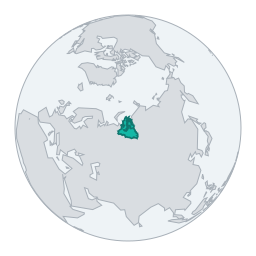 Yamal-Nenets on an orthographic globe
{"feature_id": "RUS-2382", "entity_name": "Yamal-Nenets", "entity_type": "Autonomous Province", "adm_level": 1, "iso_a3": "RUS", "parent_name": "Russia", "parent_adm1": "", "projection": "orthographic", "projection_center": [74.427, 67.879], "detail": "fine", "context": "on_globe", "style": "filled", "palette": "teal", "viewbox_px": 256, "rotation_deg": 0, "n_neighbors": 0, "source": "natural_earth", "source_scale": "10m", "svg_char_len": 16408}
<svg xmlns="http://www.w3.org/2000/svg" viewBox="0 0 256 256"><circle cx="128" cy="128" r="113" fill="#eef3f6" stroke="#a8b0b8"/><path d="M128.6,15.4L128.8,15.4L143.3,18.1L135.0,15.6L139.8,16.1L144.4,17.2L142.8,17.1L147.2,19.2L152.1,21.0L155.7,25.2L152.6,30.6L150.4,29.0L149.9,30.6L152.6,32.8L154.5,33.9L156.4,43.6L164.3,52.9L169.6,54.5L166.3,55.4L178.2,57.6L184.3,62.4L175.7,57.9L173.5,58.1L176.8,61.7L175.2,62.8L175.9,65.2L173.8,66.2L168.9,63.6L167.4,64.3L169.8,66.8L169.2,69.5L165.9,65.7L164.4,70.0L156.0,66.8L148.8,56.2L142.4,55.8L130.5,48.8L129.9,50.5L124.9,49.2L122.3,50.8L120.9,49.1L120.1,51.8L121.9,53.0L122.2,54.6L120.9,55.7L118.7,53.8L119.1,53.0L117.8,53.0L117.3,51.6L116.8,52.9L114.3,50.5L114.7,54.5L111.1,53.9L110.1,51.9L112.8,50.0L117.2,41.2L117.0,38.8L113.9,37.2L102.5,38.4L101.2,36.8L97.4,36.0L96.9,37.8L99.7,39.0L97.9,42.3L101.5,43.6L101.2,45.2L103.9,47.4L100.6,49.3L96.0,50.0L93.6,48.3L91.5,48.6L91.4,52.2L84.8,50.9L76.5,53.7L75.1,53.3L76.6,48.6L82.5,43.6L84.4,38.2L80.2,44.1L76.8,43.0L75.0,43.8L73.5,45.3L73.6,46.7L71.9,46.9L75.3,41.0L77.0,40.8L75.9,42.6L78.6,40.3L80.9,36.5L79.0,36.4L84.5,31.3L83.2,31.2L83.6,30.1L85.4,30.6L82.4,29.7L88.5,24.7L84.6,24.5L91.7,22.9L96.1,21.5L101.2,20.0L100.6,19.8L108.1,18.2L113.7,16.8L114.1,16.2L113.5,16.3L128.6,15.4ZM97.6,19.5L94.7,20.4L94.9,20.3L97.6,19.5ZM209.8,50.9L209.3,50.8L208.4,49.6L209.8,50.9ZM209.8,51.5L209.8,51.4L209.9,51.7L209.8,51.5ZM210.4,52.3L209.9,51.8L210.5,52.5L210.4,52.3ZM211.3,53.5L210.8,52.8L211.3,53.5ZM84.3,24.3L73.0,29.7L78.6,26.8L77.6,27.3L80.7,25.8L86.1,23.5L91.2,21.6L84.3,24.3ZM212.4,55.1L212.7,55.5L212.1,54.9L212.4,55.1ZM81.1,26.4L83.0,25.6L81.2,26.4L81.1,26.4ZM155.6,34.3L152.8,32.8L151.0,30.5L153.5,31.6L155.6,34.3ZM158.9,39.2L157.1,38.7L157.9,36.8L158.6,37.7L158.9,39.2ZM173.8,55.5L171.8,53.7L174.3,55.1L173.8,55.5ZM176.4,65.4L177.4,65.6L177.4,66.8L176.4,65.4ZM105.5,46.2L104.7,46.8L104.6,46.1L105.5,46.2ZM107.4,46.7L107.9,45.5L108.8,45.5L108.5,46.3L107.4,46.7ZM174.0,69.4L173.5,71.3L173.1,68.9L174.0,69.4ZM106.6,48.3L110.5,45.8L112.2,45.9L112.4,49.0L106.6,48.3ZM172.7,72.1L171.6,76.9L173.9,77.7L166.9,78.4L170.1,74.0L169.3,70.9L171.1,72.4L172.7,72.1ZM123.1,53.0L121.1,51.7L124.0,51.8L123.1,53.0ZM124.9,52.6L133.6,50.7L135.9,53.1L132.5,53.2L136.5,55.7L133.4,57.8L130.5,57.0L129.6,54.9L129.1,57.3L124.9,52.6ZM163.3,78.0L162.3,78.8L162.4,77.5L163.3,78.0ZM122.5,55.3L124.1,54.6L126.2,56.7L123.5,58.4L123.7,57.2L122.5,55.3ZM139.1,55.4L140.2,57.2L138.0,59.5L138.1,60.5L133.5,58.1L139.1,55.4ZM122.5,57.3L122.1,59.2L119.9,59.2L121.2,56.1L122.5,57.3ZM127.9,56.6L128.8,57.6L127.4,57.6L127.9,56.6ZM111.7,60.6L113.5,59.7L114.8,60.7L111.7,60.6ZM122.1,59.9L122.8,59.9L123.5,60.2L122.8,61.5L122.1,59.9ZM132.3,59.9L131.1,60.4L134.0,61.0L132.5,62.7L129.7,60.8L130.3,62.4L129.8,62.9L128.1,60.8L132.3,59.9ZM124.2,63.7L120.1,62.0L116.5,63.5L115.3,62.6L121.3,60.5L124.2,63.7ZM126.6,62.2L124.8,62.9L124.2,61.4L125.1,60.0L126.6,62.2ZM132.4,64.6L135.5,62.4L136.0,62.9L132.4,64.6ZM123.2,64.4L124.2,64.8L123.0,64.7L123.2,64.4ZM129.7,64.9L130.8,64.0L131.3,64.6L129.7,64.9ZM125.4,66.4L124.1,65.8L124.6,64.8L125.4,66.4ZM127.5,65.9L128.0,66.9L125.6,64.8L127.8,65.4L127.5,65.9ZM130.1,65.6L130.7,65.6L129.6,65.9L130.1,65.6ZM124.1,70.6L121.0,68.1L122.1,65.9L125.0,68.6L124.1,70.6ZM31.5,186.0L30.4,184.0L25.4,171.9L26.4,170.4L25.5,166.9L23.5,162.9L22.7,158.7L21.7,155.9L16.7,138.5L16.4,129.9L19.1,113.6L20.9,113.8L23.5,109.8L37.9,117.4L38.4,123.3L46.9,137.4L47.5,140.0L43.8,142.3L48.0,157.9L52.5,157.9L59.0,169.0L65.1,174.1L72.0,168.4L62.1,160.0L63.1,154.7L73.2,158.2L82.2,165.5L82.9,163.7L79.4,156.0L83.8,154.6L78.5,153.0L79.0,155.9L75.7,155.0L75.0,152.4L76.6,152.0L74.5,149.1L67.6,151.9L67.3,155.2L60.4,149.8L59.3,154.8L56.6,154.6L57.6,146.2L59.2,144.6L59.1,132.6L56.7,133.9L56.7,145.3L55.7,143.1L52.4,145.1L54.1,141.8L54.7,129.2L50.1,123.4L40.1,122.1L38.3,118.1L38.5,112.3L46.1,107.3L49.5,116.9L52.2,115.5L55.0,109.3L55.8,112.8L57.3,111.5L58.9,114.9L64.5,115.8L66.7,118.8L72.2,115.5L74.0,116.7L70.2,118.3L68.8,121.1L74.5,128.5L76.5,128.9L79.6,126.2L80.8,128.7L83.1,125.1L88.0,127.9L83.9,121.6L87.5,118.5L92.2,118.3L92.6,116.2L85.0,116.6L82.5,117.8L81.6,120.6L74.4,123.2L71.7,121.4L76.5,114.6L73.3,111.5L78.4,107.8L96.1,108.7L101.8,111.1L104.2,122.2L101.0,123.6L98.5,120.2L97.8,126.5L99.3,124.4L100.3,126.6L104.0,124.3L104.8,125.7L106.8,121.2L108.3,122.7L107.0,125.5L113.6,123.6L117.6,126.0L118.7,124.9L118.7,123.1L123.7,127.4L124.2,126.4L122.8,124.6L123.1,121.5L125.4,117.8L127.0,119.5L126.4,121.0L127.5,127.0L125.5,131.0L126.4,131.3L128.5,128.2L127.2,121.0L128.1,118.3L129.2,121.5L128.9,120.1L129.9,119.3L132.3,120.1L131.4,116.5L140.0,105.8L145.6,106.5L145.6,110.5L153.3,105.3L159.0,106.7L157.7,105.0L160.5,101.5L158.8,101.0L158.4,100.0L164.8,91.2L167.5,90.5L168.8,85.1L168.1,84.2L166.1,84.4L166.9,78.4L173.9,77.7L175.1,79.6L178.6,78.1L180.8,82.7L184.2,85.9L184.5,92.1L187.2,94.2L188.3,93.4L192.8,95.7L198.2,103.8L189.1,101.0L179.9,90.3L183.2,94.9L181.1,95.0L181.4,97.4L183.8,100.7L185.0,100.3L181.6,111.9L184.7,122.9L188.0,118.9L191.5,119.5L197.8,129.2L197.3,149.0L201.9,150.5L203.2,153.0L201.3,157.0L199.4,153.4L196.2,154.3L195.4,151.7L191.7,157.1L190.4,153.7L188.2,159.7L190.7,161.3L194.4,157.7L193.0,164.5L198.6,165.7L200.9,170.3L196.8,183.7L190.2,190.8L190.1,192.4L186.7,192.6L183.3,197.4L190.7,201.4L190.9,203.4L184.9,210.3L184.6,209.1L175.5,209.7L174.6,214.7L181.6,215.2L184.0,217.6L179.0,218.9L176.5,216.7L173.2,216.8L173.5,212.8L169.6,207.7L164.6,210.7L164.4,207.9L158.3,203.6L150.8,207.2L139.1,216.2L138.5,222.6L134.1,225.3L126.3,216.6L124.7,209.7L120.7,210.1L113.7,203.1L98.3,199.5L97.1,197.0L94.0,197.0L89.2,193.1L87.9,188.9L84.5,187.7L88.4,198.7L92.1,199.9L96.7,198.0L97.0,201.3L101.7,205.3L92.7,209.6L71.5,206.0L71.2,200.7L64.4,178.8L65.6,177.4L65.6,177.2L65.7,176.7L63.2,178.6L62.6,174.1L64.3,188.8L63.8,193.5L71.2,206.2L70.0,206.3L72.9,209.4L84.4,212.9L84.1,214.3L77.5,217.9L63.2,216.4L66.2,221.0L67.0,222.5L63.5,220.4L57.2,215.6L51.3,210.5L45.7,204.9L40.5,198.9L35.8,192.6L31.5,186.0ZM30.0,118.5L29.0,119.4L30.0,118.5ZM90.0,176.9L96.6,180.2L96.8,173.6L99.3,174.4L98.5,171.9L96.8,173.2L95.1,166.6L99.1,166.3L99.9,163.5L97.7,162.3L90.7,164.0L93.0,173.3L90.1,174.8L90.0,176.9ZM61.6,37.1L59.3,38.8L61.5,37.1L61.6,37.1ZM69.7,31.6L71.3,30.7L63.4,35.7L65.1,34.5L69.7,31.6ZM81.2,25.9L79.8,26.6L79.9,26.4L81.2,25.9ZM79.8,27.1L80.3,26.8L81.2,26.5L79.8,27.1ZM76.6,43.3L76.3,43.8L74.5,45.2L74.9,44.2L76.6,43.3ZM69.4,53.5L66.7,53.6L68.9,52.8L68.9,51.4L73.5,48.1L74.7,52.9L73.3,51.2L69.4,53.5ZM80.1,45.2L77.0,46.6L80.3,44.9L80.1,45.2ZM64.2,101.5L63.7,103.9L61.4,104.4L58.7,100.9L62.0,100.0L64.2,101.5ZM63.4,107.1L68.9,101.5L70.8,103.6L68.8,103.4L69.5,105.3L66.5,105.4L62.9,113.0L60.6,114.0L56.9,106.8L59.3,108.5L59.8,106.1L63.4,107.1ZM79.6,84.9L82.0,82.8L83.0,89.9L80.6,91.0L77.8,87.5L78.9,84.2L79.6,84.9ZM106.2,54.3L107.0,53.3L107.6,53.8L107.4,55.1L106.2,54.3ZM112.4,60.1L103.0,59.4L103.5,58.1L97.4,59.4L96.4,56.6L100.4,55.9L95.0,54.8L98.2,53.0L94.4,52.6L103.4,51.3L106.0,49.8L103.5,52.5L104.4,55.0L105.5,55.7L110.9,56.4L117.0,54.6L118.9,56.9L118.6,59.1L117.4,59.9L116.5,58.1L115.6,60.5L113.4,58.5L112.4,60.1ZM113.8,84.7L113.3,82.0L111.0,87.0L108.8,84.8L108.7,85.5L106.1,84.9L102.7,85.5L102.1,84.2L101.0,85.0L99.3,84.6L97.6,85.3L96.0,83.2L93.8,83.9L94.3,82.5L90.9,84.3L92.7,82.0L90.6,81.5L90.0,83.9L85.3,71.6L82.0,68.4L78.3,67.0L81.8,63.5L87.6,62.7L93.8,63.8L96.5,67.5L97.5,65.3L99.2,66.5L97.6,67.7L100.9,66.5L101.9,67.8L107.4,69.1L111.6,66.8L113.8,67.3L112.6,68.8L115.5,68.2L114.7,71.6L116.2,72.0L116.9,75.8L113.7,78.7L115.6,79.0L116.2,82.0L113.8,84.7ZM124.2,71.7L120.8,75.5L118.0,76.3L118.0,69.4L116.7,68.5L116.6,64.2L120.7,63.3L120.4,64.6L121.0,65.6L119.4,65.5L121.1,66.4L120.7,68.2L121.9,69.5L120.5,70.3L124.2,71.7ZM49.9,140.5L50.6,142.1L52.2,144.1L50.2,145.4L49.9,140.5ZM50.1,131.9L51.1,133.0L49.0,135.7L48.2,134.1L50.1,131.9ZM53.3,131.3L51.3,132.8L51.9,131.0L53.3,131.3ZM71.3,119.1L72.5,120.1L72.0,120.9L70.5,121.3L71.3,119.1ZM106.4,99.6L106.5,97.8L107.3,97.7L109.8,94.5L111.6,95.9L110.8,98.4L106.4,99.6ZM69.4,168.3L66.6,168.3L66.1,166.9L67.2,167.2L69.4,168.3ZM57.2,156.9L59.2,160.6L56.6,157.2L57.2,156.9ZM108.7,100.6L109.5,99.1L109.9,100.7L108.7,100.6ZM113.0,96.8L113.8,98.5L112.1,95.7L113.0,96.8ZM73.9,226.8L74.0,226.6L79.0,228.9L81.0,229.2L83.9,231.2L82.3,231.0L73.9,226.8ZM205.9,208.4L208.3,206.3L208.1,206.5L205.9,208.4ZM203.5,210.1L206.3,207.7L202.9,210.9L203.5,210.1ZM207.4,206.8L210.2,203.9L211.5,202.5L211.2,203.0L207.4,206.8ZM201.5,211.8L190.2,219.6L185.5,221.9L186.8,220.7L194.3,216.3L201.5,211.8ZM186.4,220.9L179.0,223.0L167.9,221.0L171.9,219.7L183.3,218.8L182.6,219.8L187.1,218.9L186.4,220.9ZM203.5,206.5L202.8,208.7L196.7,213.0L193.8,214.7L191.8,213.7L192.9,211.7L195.3,210.2L203.8,199.0L207.0,197.8L204.5,201.9L207.0,201.7L203.5,206.5ZM139.1,223.1L142.0,226.1L139.6,226.8L139.1,223.1ZM206.7,192.4L203.6,197.6L206.2,191.9L206.7,192.4ZM207.8,187.7L208.3,188.8L206.7,188.7L207.8,187.7ZM190.6,194.5L188.1,196.3L187.7,195.4L190.7,192.4L190.6,194.5ZM202.6,174.1L203.6,177.5L203.5,179.0L201.9,177.9L202.6,174.1ZM125.1,111.5L119.6,114.3L116.9,117.5L117.2,120.9L114.4,117.3L118.7,112.4L125.1,111.5ZM138.0,106.3L137.7,103.4L139.3,103.9L139.6,104.7L138.0,106.3ZM136.7,105.1L133.4,102.9L134.3,100.8L136.7,102.9L136.7,105.1ZM120.9,101.7L119.2,102.4L118.9,101.0L120.9,101.7ZM213.1,201.8L213.2,201.7L213.3,201.6L213.1,201.8ZM220.2,192.7L221.7,190.5L223.6,187.6L220.2,192.7ZM211.7,202.9L215.2,198.4L216.9,196.5L211.7,202.9ZM233.2,168.3L233.1,168.5L232.8,169.3L230.3,175.2L227.4,180.8L228.6,178.4L228.4,178.3L223.9,185.3L223.0,186.0L224.8,182.9L221.5,186.9L225.1,181.4L226.4,180.9L228.3,176.6L231.2,171.4L233.7,166.2L235.2,162.4L234.7,164.1L234.8,163.9L233.2,168.3ZM224.7,184.9L225.3,184.0L224.6,185.2L224.7,184.9ZM236.1,159.5L235.7,161.1L237.5,154.3L237.8,153.0L237.3,155.4L236.1,159.5ZM237.9,152.5L237.3,154.8L237.9,152.4L238.1,151.7L238.1,151.9L237.9,152.5ZM217.3,193.6L217.1,194.3L216.1,195.1L217.3,193.6ZM218.7,191.8L221.6,188.5L218.4,192.5L218.7,191.8ZM208.7,200.6L209.7,200.8L212.9,197.0L210.4,200.4L212.4,200.0L211.6,201.4L209.7,201.6L208.7,204.2L207.2,205.5L206.6,204.6L208.2,201.2L209.6,198.9L215.3,192.9L208.7,200.6ZM218.7,190.5L217.9,190.1L218.5,188.4L219.4,188.1L218.7,190.5ZM215.1,189.3L212.5,189.8L210.4,192.6L214.3,185.5L216.2,186.3L215.1,189.3ZM212.3,187.0L210.4,189.7L212.2,186.0L212.3,187.0ZM209.8,189.5L209.2,188.3L210.9,187.0L209.8,189.5ZM213.4,186.0L213.2,183.2L214.3,183.8L213.4,186.0ZM207.6,185.5L211.8,184.7L206.9,188.0L205.2,182.9L207.2,181.0L207.6,185.5ZM208.9,150.8L207.6,149.4L208.9,147.1L209.4,148.7L208.9,150.8ZM212.0,138.5L208.8,146.0L206.0,152.1L207.6,151.7L208.3,155.8L205.1,154.8L206.0,148.2L208.4,144.2L207.3,140.9L208.2,136.4L205.8,133.3L205.8,130.6L208.6,132.2L212.0,138.5ZM204.7,132.2L200.9,125.6L204.1,122.7L205.6,123.5L206.0,127.7L204.3,129.0L204.7,132.2ZM200.9,123.2L199.2,124.4L190.1,118.1L188.9,116.1L197.6,119.2L196.4,120.5L198.1,122.6L200.9,123.2ZM163.4,79.5L162.4,78.9L163.6,78.7L163.4,79.5ZM157.3,99.8L157.0,98.3L158.4,98.1L157.3,99.8ZM156.8,94.2L155.4,95.4L156.2,93.4L156.8,94.2ZM152.4,98.3L154.5,95.5L153.4,99.2L152.4,98.3Z" fill="#d9dde1" stroke="#a8b0b8" stroke-width="1"/><path d="M121.5,124.8L122.8,125.8L122.9,126.1L123.5,126.7L123.5,126.9L123.5,127.1L123.8,126.9L124.2,125.9L124.3,125.7L123.9,125.8L123.8,125.6L123.6,124.9L123.7,124.5L123.0,124.1L122.8,124.2L122.9,124.4L122.8,124.0L122.9,123.5L123.1,123.6L123.3,123.3L123.1,123.1L123.3,122.7L123.4,122.1L123.3,121.9L123.0,122.0L123.0,121.8L123.2,121.4L123.1,121.6L123.0,121.4L123.3,121.0L123.7,120.8L124.3,120.4L124.2,120.3L124.5,119.7L124.7,118.8L124.7,118.7L124.9,118.5L124.8,118.4L125.1,117.9L125.3,117.9L125.2,118.1L126.3,118.1L126.6,118.2L126.5,118.3L126.7,118.2L127.1,118.5L127.1,118.9L127.0,119.1L127.1,119.3L126.8,120.0L126.7,120.1L126.7,120.5L126.4,120.9L126.5,121.3L126.9,121.6L126.9,121.8L127.0,122.1L126.9,122.6L126.9,123.0L126.7,123.2L126.8,123.5L126.7,123.7L126.8,124.1L126.7,124.5L126.8,124.9L126.7,125.0L126.8,125.2L126.6,125.4L126.7,125.9L127.4,126.6L127.4,126.9L127.0,127.3L127.0,127.6L127.1,127.8L127.1,128.0L127.0,128.4L126.6,128.5L126.5,128.8L126.5,129.1L126.2,129.1L126.3,129.4L126.2,129.3L126.1,129.6L125.9,129.8L125.6,129.8L125.8,129.9L125.8,130.3L125.5,130.3L125.1,130.6L124.8,130.3L125.1,130.2L124.8,130.2L124.5,129.9L124.3,130.0L124.1,129.9L123.8,129.9L123.9,130.0L123.9,130.3L124.8,130.9L125.6,130.9L126.1,131.2L126.3,131.1L126.4,130.7L127.5,129.8L127.6,129.6L127.6,129.1L128.2,128.3L128.3,127.9L128.2,127.5L127.9,127.0L128.0,126.8L128.0,126.5L128.0,126.3L129.2,125.8L129.5,125.8L129.6,126.0L130.1,126.7L130.0,126.8L130.1,127.0L130.1,127.3L130.0,127.7L130.1,127.9L130.0,128.0L130.4,128.4L130.5,128.6L131.5,128.5L131.3,128.4L131.1,128.4L131.0,128.2L131.0,128.4L130.6,128.3L130.6,128.2L130.3,128.2L130.3,127.9L130.2,127.7L130.3,127.5L130.7,127.1L130.6,126.9L130.5,126.7L130.4,126.7L130.3,125.9L129.1,125.3L128.8,125.3L128.5,125.6L128.2,125.6L127.9,125.5L127.7,125.6L127.6,125.0L127.4,124.3L127.6,123.7L127.9,122.8L127.9,122.5L127.7,122.1L127.7,121.9L127.4,121.4L127.1,121.0L127.4,120.6L127.4,120.2L128.3,119.6L128.4,119.2L128.4,118.7L128.2,118.3L128.4,118.2L128.6,118.4L128.5,118.6L128.7,118.9L128.8,119.3L128.7,119.6L128.6,119.9L128.5,120.0L128.5,120.3L128.7,120.6L128.7,120.8L128.5,121.0L129.1,121.5L129.6,121.5L130.1,121.5L130.3,121.8L130.6,122.0L131.0,121.9L131.0,121.7L130.6,122.0L130.6,121.6L130.4,121.6L130.4,121.3L130.2,121.3L130.2,121.1L130.1,121.3L129.9,121.2L129.1,120.7L129.0,120.1L129.5,119.8L129.9,120.2L130.2,120.1L130.3,119.9L130.1,119.6L129.8,119.6L129.8,119.4L129.9,119.5L130.2,119.1L130.4,119.1L130.5,119.3L130.7,119.6L131.2,119.7L131.6,119.9L131.4,120.1L131.5,120.2L131.5,120.4L131.1,120.5L131.1,120.8L131.0,121.1L131.5,121.4L131.9,121.6L131.9,121.9L132.0,122.1L132.1,122.3L132.0,122.6L132.2,122.8L131.8,122.8L131.5,123.1L131.4,123.5L131.3,123.4L131.3,123.6L131.0,124.0L131.1,124.3L131.5,124.4L131.8,124.9L132.4,125.0L132.6,125.1L133.0,125.0L133.0,124.6L133.2,124.8L133.1,125.0L133.6,125.1L133.5,125.3L133.7,125.5L133.7,125.8L134.1,126.0L133.8,126.3L134.0,126.8L133.9,127.0L133.8,127.5L133.4,127.6L133.7,127.9L133.7,128.1L134.0,128.3L133.9,128.5L134.0,128.7L133.8,128.9L134.7,129.6L134.9,129.9L134.7,130.0L134.8,130.3L135.2,130.8L135.0,131.1L135.3,131.3L135.3,131.5L135.7,131.5L136.0,131.7L135.9,131.9L136.2,132.0L136.3,132.4L136.1,132.8L136.2,133.0L136.7,133.1L136.7,133.3L136.9,133.4L137.2,133.2L137.5,133.2L137.5,133.5L137.6,133.8L137.8,134.2L137.8,134.6L137.5,134.9L137.4,135.5L137.2,135.6L137.5,135.7L137.6,136.0L137.8,136.0L137.7,136.4L137.9,136.5L137.9,136.8L137.6,137.1L137.1,138.4L136.9,138.1L136.7,138.1L136.4,137.8L136.0,138.1L135.5,137.7L134.9,137.5L134.6,137.8L134.2,137.6L133.9,137.0L133.5,137.1L133.5,137.3L132.9,137.8L132.9,138.1L131.9,138.2L131.3,138.5L130.5,137.9L130.3,137.6L130.0,137.5L129.7,137.7L129.3,137.3L128.1,137.5L127.8,137.2L127.1,137.2L126.8,136.7L126.4,137.0L126.0,137.0L125.8,137.1L125.5,137.2L125.5,136.4L125.4,136.2L124.9,136.1L124.7,135.7L124.9,135.3L124.9,135.1L124.5,134.8L124.2,134.9L123.6,134.5L123.3,134.6L123.4,134.8L123.3,135.0L122.9,134.8L122.3,135.3L121.5,134.8L121.5,134.6L121.7,134.3L121.5,134.1L120.4,133.9L120.2,134.2L119.7,134.1L118.8,134.3L118.7,134.1L118.8,134.1L118.8,133.9L118.6,133.7L118.3,133.8L118.0,133.6L118.3,133.3L118.4,133.1L118.3,132.9L118.4,132.7L118.5,132.2L118.3,132.0L118.2,131.5L118.0,131.2L118.8,131.1L118.8,130.7L119.1,130.4L119.4,130.0L120.8,129.4L120.9,129.1L121.0,129.1L121.0,128.9L121.8,128.3L121.7,128.2L121.9,128.0L121.8,127.7L121.4,127.4L121.3,127.2L121.4,126.8L121.7,126.2L121.6,125.7L121.0,125.4L121.1,125.2L121.5,124.8ZM126.4,117.5L126.5,117.8L126.3,117.6L125.4,117.8L125.5,117.4L125.5,117.1L125.8,116.9L126.2,117.0L126.1,117.3L126.3,117.2L126.4,117.5ZM129.9,118.6L130.3,118.9L130.0,119.3L129.4,119.2L129.9,118.6ZM124.6,130.5L124.4,130.6L124.2,130.4L124.1,130.0L123.9,130.0L124.6,130.2L124.6,130.3L124.6,130.5ZM127.9,117.7L128.2,117.8L128.3,117.8L128.2,117.8L128.1,118.2L127.8,117.9L127.9,117.7ZM128.9,116.8L128.8,117.0L128.6,117.1L128.7,116.9L128.9,116.8ZM123.1,124.4L123.1,124.6L122.9,124.6L123.0,124.4L123.1,124.4ZM129.3,117.6L129.0,117.5L129.3,117.6ZM122.9,122.4L122.8,121.9L122.9,122.0L122.9,122.4ZM126.2,117.1L126.3,117.3L126.1,117.3L126.2,117.1ZM129.0,116.8L129.3,117.1L128.9,116.9L129.0,116.8ZM122.8,124.6L123.1,124.7L123.0,124.8L122.8,124.6ZM123.0,121.5L122.9,121.9L123.0,121.5ZM122.9,122.5L123.0,122.8L123.0,122.7L122.9,122.6L122.9,122.5Z" fill="#14b8a6" stroke="#0f766e" stroke-width="1.5"/></svg>